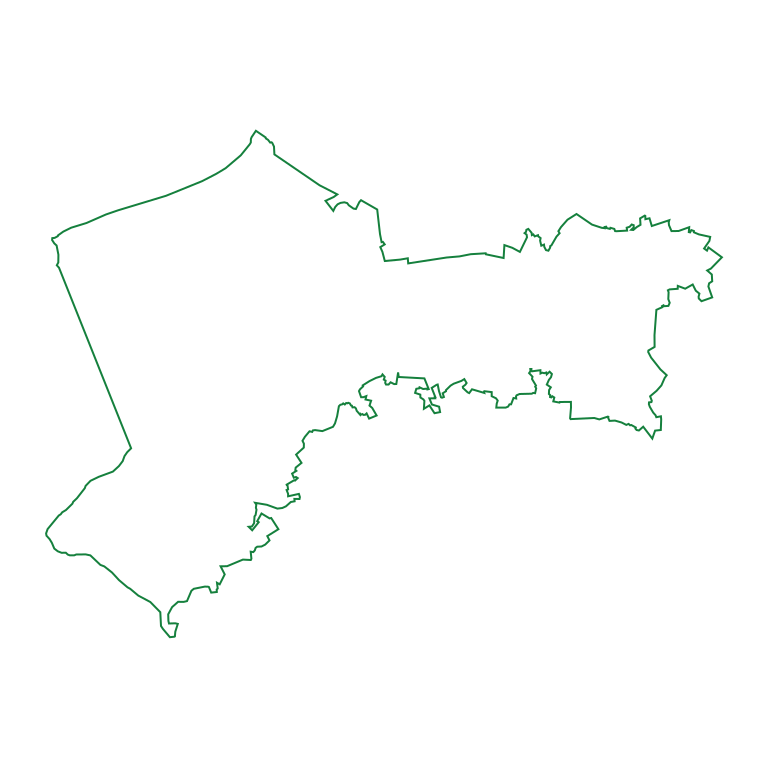 Los Córdobas, Córdoba, Colombia
{"feature_id": "7082276B12628358742837", "entity_name": "Los Córdobas", "entity_type": "district", "adm_level": 2, "iso_a3": "COL", "parent_name": "Colombia", "parent_adm1": "Córdoba", "projection": "albers", "projection_center": [-76.259, 8.823], "detail": "fine", "context": "isolated", "style": "outline", "palette": "green", "viewbox_px": 768, "rotation_deg": 0, "n_neighbors": 0, "source": "geoboundaries", "source_scale": "gbopen_adm2", "svg_char_len": 6087}
<svg xmlns="http://www.w3.org/2000/svg" viewBox="0 0 768 768"><path d="M576.5,214.0L567.5,219.7L561.0,227.1L558.4,231.2L559.6,233.2L556.5,236.6L551.4,245.4L550.2,246.1L550.1,247.7L548.4,250.7L546.0,250.1L544.3,246.9L544.0,244.6L541.3,245.7L540.1,240.6L540.6,238.1L538.2,236.3L538.0,235.2L534.7,236.4L533.3,234.4L531.9,235.1L531.6,232.8L528.3,228.9L526.4,229.8L526.0,231.9L524.6,233.1L526.6,234.6L527.0,237.3L519.9,251.9L512.3,247.8L504.4,245.1L503.6,258.0L485.9,254.3L485.7,253.3L470.7,254.2L459.5,256.4L446.7,257.5L408.2,263.4L407.8,258.3L400.1,259.6L384.8,261.0L382.4,251.8L380.3,247.1L384.7,244.4L382.9,241.9L381.6,242.2L380.0,234.1L377.2,209.5L361.0,200.2L359.3,202.1L355.9,209.0L353.5,208.6L348.8,205.3L347.2,203.1L344.3,202.3L340.5,202.9L337.6,204.3L335.2,207.0L333.3,210.9L325.5,200.8L333.7,197.0L337.3,194.4L319.6,185.3L274.4,154.4L274.0,146.6L272.3,143.0L271.6,142.3L270.2,142.6L268.0,139.8L265.8,138.4L265.7,137.5L255.9,130.8L251.6,137.2L250.9,139.0L250.8,142.5L249.8,144.2L240.8,155.3L225.6,168.2L216.3,173.8L202.0,181.2L166.0,195.8L118.1,210.3L105.9,214.5L86.5,223.0L71.2,227.7L63.3,231.6L58.0,235.4L57.8,236.2L54.6,237.9L52.3,238.1L52.1,240.0L54.3,243.4L56.6,245.5L58.4,254.7L58.3,262.5L56.8,265.3L59.0,267.7L131.1,448.3L127.2,452.2L124.5,456.1L122.7,461.1L118.9,466.1L112.9,471.6L98.8,476.8L90.5,480.8L85.6,485.9L84.8,488.2L76.9,498.3L73.2,501.8L72.4,503.7L66.0,510.0L62.2,512.3L60.7,514.3L58.8,515.5L47.6,529.1L46.1,533.4L46.5,535.7L49.6,539.1L51.9,542.9L54.3,548.6L57.8,551.3L61.6,552.8L65.8,552.7L67.8,554.6L69.7,555.3L74.3,555.3L76.2,554.5L85.7,554.4L90.4,555.4L100.4,564.9L104.3,566.4L112.0,572.5L119.0,580.1L127.5,587.3L130.2,588.8L138.3,595.6L150.3,602.0L160.3,612.2L161.0,626.0L162.9,628.9L169.9,637.2L174.4,636.7L174.9,636.4L175.3,631.7L177.8,623.9L175.3,623.3L169.0,623.5L168.4,620.9L168.2,614.3L172.1,607.1L178.1,601.8L183.6,601.9L187.0,601.1L191.4,590.8L193.8,588.8L204.8,586.6L208.0,586.7L208.9,587.0L211.2,592.6L216.8,592.0L216.7,589.5L217.7,588.5L217.0,582.8L219.7,584.3L224.7,574.4L220.6,566.3L227.1,566.2L242.9,559.6L250.8,560.0L251.4,558.7L250.7,551.7L253.3,552.1L254.8,550.4L255.6,547.9L257.2,546.7L261.5,546.5L265.2,544.6L269.5,540.4L267.3,536.1L278.4,529.2L271.2,518.0L269.6,518.4L261.5,513.5L257.2,521.2L258.7,522.2L252.2,530.3L248.7,526.8L251.9,526.5L254.1,523.2L254.5,516.4L255.6,515.0L256.5,509.7L255.9,507.8L256.3,504.6L255.1,502.8L266.9,504.8L277.4,508.6L282.3,508.0L286.0,506.3L290.8,502.0L294.6,501.3L294.4,498.9L299.5,499.0L299.9,497.1L298.9,493.9L288.1,496.3L288.1,493.8L286.6,490.0L288.1,489.4L287.4,484.8L285.9,485.1L294.2,480.2L295.0,480.6L297.7,478.1L296.0,477.0L293.8,477.7L292.1,473.6L296.3,470.9L295.3,470.1L295.7,467.6L301.5,462.9L296.1,454.6L303.8,447.6L303.9,443.7L302.5,440.8L304.9,436.8L309.5,431.3L312.2,431.9L312.9,430.4L315.1,430.1L322.4,431.1L333.0,426.8L335.0,423.4L337.1,416.3L338.9,406.2L340.3,404.8L342.3,404.3L343.2,403.4L344.8,404.5L346.2,403.0L347.4,403.3L348.2,402.8L349.8,403.4L351.0,405.5L351.9,405.7L352.5,407.4L354.6,407.2L355.9,408.4L356.7,410.8L360.2,414.8L360.5,414.0L361.1,414.6L362.5,414.1L363.4,414.9L365.1,414.8L366.6,413.4L369.1,418.6L376.6,415.5L372.2,407.9L369.5,405.6L371.1,400.7L365.5,399.5L366.3,396.1L363.4,397.2L361.1,397.2L359.0,391.1L359.9,389.4L363.1,386.4L362.7,385.4L369.5,381.1L376.0,377.9L381.5,376.2L382.5,374.4L384.7,376.9L383.8,379.6L385.6,380.6L385.2,382.9L386.0,384.5L388.6,384.5L390.6,382.3L394.2,384.1L396.3,384.0L398.1,372.4L398.7,377.0L424.4,378.4L428.7,389.1L427.4,389.4L427.3,388.6L423.1,389.0L419.5,387.3L419.2,388.3L416.3,388.8L415.1,392.9L420.3,394.6L420.4,397.5L423.4,399.4L424.4,400.9L423.9,408.8L429.4,405.4L434.5,413.2L440.1,412.1L439.1,406.7L431.9,404.5L429.4,398.4L435.1,398.3L434.8,397.4L435.4,397.3L431.7,387.9L436.6,384.8L437.7,384.5L439.0,391.1L441.0,397.3L442.0,397.7L443.9,397.0L442.7,393.3L446.0,391.2L445.9,390.2L450.6,385.6L453.7,383.7L461.4,380.9L464.3,379.1L466.6,383.0L465.3,384.8L462.8,386.7L463.0,388.0L467.6,392.3L469.2,393.1L472.0,389.3L484.2,392.9L483.8,391.9L484.3,391.2L491.7,392.1L491.7,396.2L496.0,398.3L497.7,400.6L496.7,403.7L496.3,407.6L505.7,407.6L508.1,406.6L509.5,404.3L511.1,404.3L513.5,398.0L516.2,398.5L516.0,396.4L516.6,395.3L519.6,394.0L531.8,393.7L533.2,392.9L535.1,393.2L536.2,388.3L535.2,386.7L536.0,385.6L532.0,379.0L532.5,376.7L529.1,373.1L530.5,371.1L530.3,369.0L531.4,369.0L531.3,370.3L532.0,371.3L540.4,370.2L540.5,373.5L542.3,372.7L544.2,373.2L546.3,372.5L546.7,374.4L549.6,371.7L551.9,374.0L551.0,377.2L548.9,379.9L546.8,384.6L550.8,387.3L549.1,390.0L548.9,394.0L550.1,395.0L550.1,397.1L551.4,397.4L552.2,396.2L554.3,397.5L553.3,401.4L559.5,402.6L559.8,402.0L570.9,401.9L571.0,407.5L570.1,418.3L570.6,419.1L594.3,418.0L599.3,419.4L607.9,416.6L608.4,416.9L608.2,417.9L609.5,420.9L615.0,420.6L621.6,422.5L626.3,424.9L628.6,423.9L630.1,425.3L631.3,425.0L635.8,427.5L635.4,428.6L636.6,430.0L638.9,430.5L643.2,426.7L652.3,438.6L655.1,430.6L660.8,430.0L661.2,419.4L660.9,416.3L656.3,417.2L655.6,415.3L653.2,412.6L649.8,406.8L648.9,404.2L649.0,402.4L651.4,402.1L651.8,400.8L650.1,396.3L656.6,390.8L661.4,385.4L664.6,378.1L666.7,375.2L660.4,369.4L651.1,357.6L648.2,352.0L648.4,350.5L654.6,346.9L654.5,335.1L656.4,309.8L662.3,307.2L662.0,306.1L663.5,305.3L663.9,306.2L668.4,305.9L669.7,302.8L668.3,299.1L668.6,292.2L667.9,290.3L669.6,289.4L677.7,288.8L677.8,285.9L685.2,288.7L692.7,284.5L695.8,290.7L699.4,293.6L698.6,296.7L698.8,298.5L701.5,301.2L712.2,297.4L708.4,286.5L709.1,283.3L712.2,281.3L711.8,274.5L707.2,270.5L710.9,268.6L721.9,257.3L708.4,247.4L707.0,250.6L704.1,248.5L709.4,240.9L710.2,236.9L698.9,234.4L693.9,232.3L693.9,231.0L691.3,230.1L690.1,232.4L688.8,232.1L689.2,227.2L678.6,231.0L671.5,231.1L669.0,225.2L668.7,222.3L669.3,220.2L651.8,226.0L649.5,218.3L645.4,219.2L645.3,215.9L644.8,215.6L640.1,218.4L640.5,224.8L636.7,227.1L633.3,230.0L631.2,229.8L633.7,227.4L633.7,225.2L631.7,224.5L629.6,226.8L626.7,227.7L627.1,230.6L616.6,231.2L615.1,231.1L614.3,228.9L610.4,227.8L609.9,228.9L606.8,228.1L606.2,226.7L604.6,227.0L604.8,228.2L601.7,227.8L592.0,224.6L576.5,214.0Z" fill="none" stroke="#15803d" stroke-width="2"/></svg>